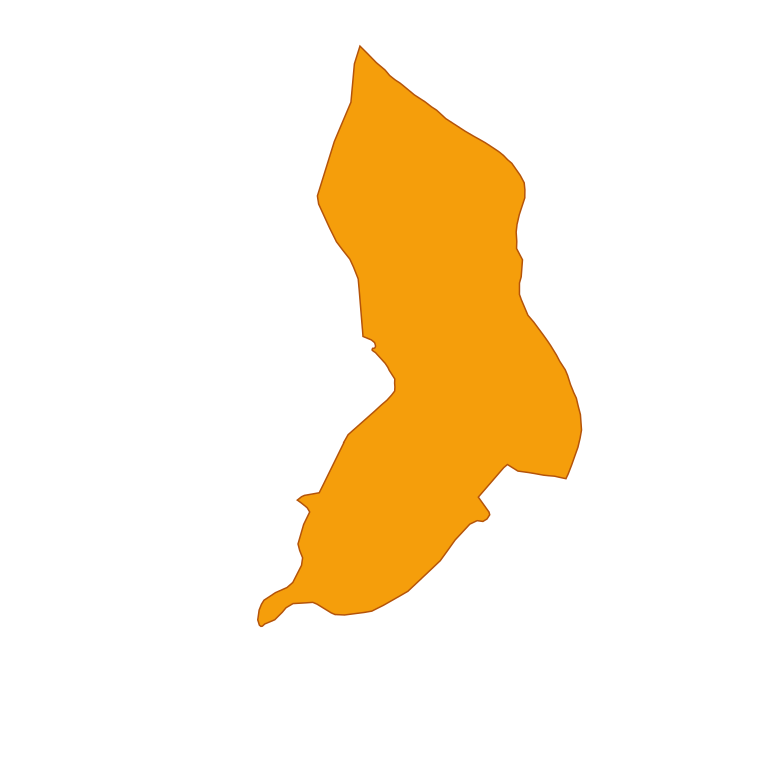 Ghamr, Sa`dah, Yemen, rotated 33°
{"feature_id": "15242507B39304781263457", "entity_name": "Ghamr", "entity_type": "district", "adm_level": 2, "iso_a3": "YEM", "parent_name": "Yemen", "parent_adm1": "Sa`dah", "projection": "natural_earth1", "projection_center": [43.319, 16.975], "detail": "fine", "context": "isolated", "style": "filled", "palette": "amber", "viewbox_px": 768, "rotation_deg": 33, "n_neighbors": 0, "source": "geoboundaries", "source_scale": "gbopen_adm2", "svg_char_len": 2534}
<svg xmlns="http://www.w3.org/2000/svg" viewBox="0 0 768 768"><g transform="rotate(33 384 384)"><path d="M179.8,113.7L184.8,131.6L202.8,165.7L208.0,195.0L210.3,207.8L225.7,262.5L227.6,264.7L230.0,267.3L230.2,267.6L231.2,268.7L251.7,281.7L253.8,283.0L264.3,289.2L266.6,290.6L276.5,294.2L287.4,297.9L295.0,302.7L305.1,309.9L312.1,318.8L335.2,348.7L336.4,350.2L340.5,355.6L349.4,353.9L353.5,354.4L354.7,355.3L356.3,356.8L356.7,358.4L356.1,359.7L355.2,360.0L355.1,361.1L355.5,362.0L357.0,362.3L359.7,362.3L373.7,366.0L378.3,368.0L381.0,369.7L390.3,373.9L392.5,377.6L394.8,380.6L396.8,384.1L396.4,389.2L395.3,396.0L393.9,400.7L393.2,403.1L391.6,409.3L391.0,411.7L381.5,446.0L381.9,452.4L382.0,454.9L382.3,454.9L384.8,475.8L386.2,487.5L387.9,501.6L388.7,508.7L388.8,509.6L388.9,510.5L377.9,520.8L376.2,523.5L374.5,528.6L379.2,528.8L386.9,529.6L391.4,531.8L393.1,545.5L399.0,565.0L403.9,569.5L410.4,574.1L413.6,581.0L415.6,600.1L413.5,607.5L406.6,618.1L401.1,630.7L401.2,635.5L402.4,641.6L406.6,650.6L410.8,654.1L412.8,654.3L413.9,653.3L414.7,650.2L420.8,641.2L423.0,630.9L423.7,625.0L427.3,617.7L437.1,610.5L443.2,605.9L447.8,605.1L464.4,604.7L468.6,604.0L469.0,603.7L476.7,599.2L491.9,586.3L497.5,581.1L501.4,574.4L503.3,571.2L504.0,570.0L510.1,558.2L517.0,544.7L517.1,544.1L521.8,524.8L525.2,510.8L526.8,504.0L527.4,501.7L528.1,487.8L528.6,476.1L532.3,454.8L536.5,447.9L541.8,445.4L543.9,441.1L543.9,436.1L541.8,434.2L540.2,433.6L524.7,427.5L530.0,388.8L530.1,388.5L531.4,384.3L543.7,384.1L553.5,379.5L559.0,377.1L567.4,373.6L571.9,371.3L577.3,368.4L581.4,366.9L588.2,364.3L588.0,363.2L587.5,359.3L585.5,349.8L582.3,336.5L581.1,331.4L577.9,322.5L574.7,315.0L565.4,302.7L559.6,297.4L558.0,295.9L553.0,291.1L547.5,287.7L546.3,286.8L540.7,282.9L533.3,276.8L528.3,273.4L519.8,269.6L519.1,269.3L512.9,265.8L503.0,261.1L498.1,259.0L491.3,256.3L483.8,253.5L476.6,250.8L476.1,250.6L467.3,248.0L453.1,238.4L451.3,237.0L450.5,236.4L448.8,235.1L442.6,225.5L440.7,219.4L432.5,204.4L421.4,198.2L419.5,195.1L417.7,192.1L412.1,184.6L409.1,178.6L408.7,177.9L408.4,177.0L405.2,168.2L400.7,151.2L399.6,149.5L398.6,147.9L396.4,144.4L392.0,138.9L384.6,134.8L371.0,129.3L365.5,128.6L360.0,127.3L354.8,126.7L353.2,126.6L342.8,126.5L337.3,126.5L323.2,127.4L314.6,127.8L307.9,127.8L299.2,127.8L291.3,127.8L279.0,125.7L272.9,125.7L264.9,125.0L257.5,125.0L252.0,125.0L237.5,123.3L233.6,122.9L228.1,122.9L224.6,122.6L220.7,122.2L213.9,120.1L203.5,118.8L202.8,118.7L202.2,118.6L191.6,116.2L179.8,113.7Z" fill="#f59e0b" stroke="#b45309" stroke-width="1.5"/></g></svg>